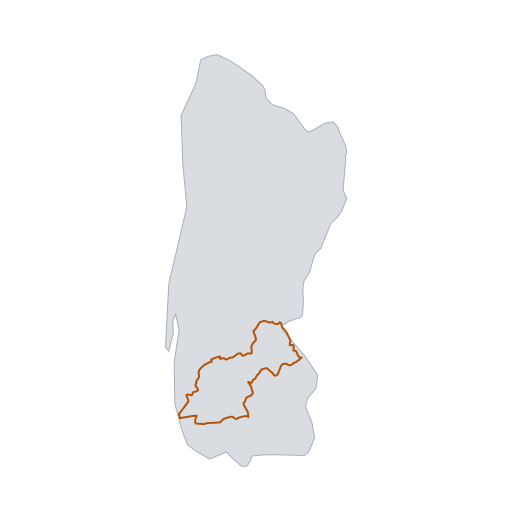 where San Miguel sits in El Salvador, rotated 77°
{"feature_id": "SLV-1352", "entity_name": "San Miguel", "entity_type": "Department", "adm_level": 1, "iso_a3": "SLV", "parent_name": "El Salvador", "parent_adm1": "", "projection": "orthographic", "projection_center": [-88.259, 13.545], "detail": "fine", "context": "in_parent", "style": "outline", "palette": "amber", "viewbox_px": 512, "rotation_deg": 77, "n_neighbors": 0, "source": "natural_earth", "source_scale": "10m", "svg_char_len": 4539}
<svg xmlns="http://www.w3.org/2000/svg" viewBox="0 0 512 512"><g transform="rotate(77 256 256)"><path d="M178.9,146.4L183.2,147.3L211.8,156.4L220.3,154.7L231.1,162.0L236.3,167.7L240.9,175.5L263.4,191.4L267.2,198.2L284.1,207.6L290.9,214.7L298.1,217.6L312.3,220.4L324.4,224.1L325.8,226.7L326.9,237.3L329.5,246.2L335.3,246.8L342.2,242.5L365.0,230.6L386.4,222.7L398.6,227.4L405.7,237.3L413.9,241.7L430.9,239.0L446.3,239.8L458.5,248.4L461.3,253.5L453.9,282.3L451.3,294.6L450.0,305.0L454.3,307.7L458.6,311.8L457.7,317.4L444.4,326.6L440.3,329.0L443.4,346.8L433.5,357.6L424.4,365.3L408.5,367.4L381.4,368.3L340.7,359.5L310.7,347.5L294.5,347.4L299.6,351.4L312.4,353.9L329.2,362.4L324.3,364.7L263.2,347.1L192.7,312.4L150.5,306.7L102.3,297.4L73.8,275.4L52.5,265.8L50.7,257.6L51.0,248.5L60.8,236.3L79.0,219.9L91.1,211.5L96.7,209.8L104.6,210.7L112.3,206.0L118.9,194.7L125.8,187.4L143.1,180.1L147.1,177.2L145.8,170.8L142.1,158.4L142.7,150.8L148.4,147.4L155.2,146.7L169.3,143.7L175.4,144.4L178.9,146.4Z" fill="#d9dde1" stroke="#a8b0b8" stroke-width="1"/><path d="M356.4,240.8L357.6,238.5L359.4,237.9L361.5,237.7L363.4,237.1L364.7,235.8L365.3,234.7L366.2,236.0L368.3,240.8L368.6,242.2L368.6,242.8L368.9,243.6L369.6,244.9L370.1,246.4L370.2,247.4L370.0,247.9L369.9,248.4L369.7,248.8L369.4,249.1L369.1,249.4L368.8,249.7L368.4,249.9L367.9,250.6L367.7,251.0L367.5,251.6L367.4,252.6L367.4,254.3L367.6,254.8L367.7,255.2L368.3,255.9L369.3,256.7L375.8,261.2L376.2,261.6L376.6,262.3L376.9,263.4L376.9,264.0L376.8,264.5L376.5,264.9L376.2,265.2L375.8,265.4L374.5,265.9L373.7,266.3L368.1,270.4L367.8,270.7L367.6,271.1L367.6,271.6L367.8,276.0L368.4,276.8L369.3,277.9L371.4,279.8L372.0,280.7L372.3,281.8L373.0,282.4L374.6,283.6L375.2,284.4L375.6,285.1L375.7,285.6L375.8,286.1L376.0,286.6L376.2,286.9L376.6,287.2L377.8,288.0L378.2,288.4L378.5,288.8L378.5,289.3L378.3,289.7L377.3,291.1L377.1,291.5L377.1,291.8L377.4,292.0L378.3,291.7L379.7,290.9L380.6,290.6L381.6,290.3L388.2,289.8L388.8,290.0L389.5,290.4L390.2,291.4L390.9,292.6L391.1,293.5L391.6,296.6L391.8,297.0L392.1,297.4L392.4,297.7L395.0,299.2L395.5,299.7L396.0,300.2L396.1,300.6L396.4,301.0L396.6,301.3L397.5,301.5L398.8,301.3L405.5,299.2L407.3,299.1L411.0,299.7L409.9,301.3L409.5,303.5L409.6,308.8L410.3,311.4L410.3,312.0L410.1,312.6L409.4,313.3L409.0,313.8L408.5,314.1L407.8,314.5L407.4,314.8L407.2,315.5L407.0,316.6L407.1,321.2L407.6,324.3L407.8,324.7L408.0,325.2L409.6,327.7L409.8,328.1L410.0,328.6L410.0,329.0L407.8,341.7L407.9,342.5L408.2,343.5L408.0,344.6L405.8,352.0L405.4,352.4L404.6,352.6L404.0,352.6L403.5,352.5L401.6,351.9L400.2,351.0L398.7,349.9L398.4,349.8L397.9,351.5L397.7,352.9L396.8,366.7L395.6,366.5L394.4,366.5L393.1,367.0L382.6,354.7L382.1,354.5L381.6,354.5L381.1,354.4L376.4,355.2L376.0,355.1L375.7,354.7L375.6,353.8L375.7,353.3L375.9,352.7L377.2,350.3L377.1,349.8L376.7,349.3L375.6,348.7L374.9,348.2L374.5,347.5L374.5,344.9L374.4,344.4L374.3,343.8L374.0,343.3L373.4,342.7L372.7,342.6L372.1,342.7L370.5,343.5L369.6,343.9L369.2,344.0L368.7,344.0L368.2,343.9L367.7,343.8L367.4,343.6L366.7,343.0L366.4,342.8L365.9,342.6L365.4,342.6L365.0,342.6L364.5,342.2L363.8,341.6L362.3,339.7L361.4,339.0L360.6,338.6L357.2,338.2L356.3,337.9L355.0,337.4L354.6,337.1L354.3,336.9L353.1,335.3L351.4,332.6L350.5,330.7L349.6,327.5L349.3,326.1L349.2,325.1L349.2,323.9L349.1,323.4L348.9,322.9L348.2,322.7L347.4,323.0L347.1,323.0L346.8,322.8L346.6,322.2L346.1,319.0L346.0,317.8L345.8,315.4L345.7,314.9L345.8,314.4L345.9,314.0L346.2,313.6L346.5,313.5L346.8,313.6L347.0,313.8L347.2,314.1L347.5,314.3L347.8,314.3L348.0,314.0L348.2,313.6L348.3,312.5L348.2,311.4L348.3,310.9L348.4,310.4L348.7,310.0L348.9,309.7L349.9,308.8L350.1,308.3L350.2,307.9L350.1,307.3L349.4,304.9L349.3,304.0L349.3,303.3L349.6,301.9L349.6,301.5L349.4,300.8L347.3,296.4L347.2,295.9L347.1,295.4L347.1,294.4L347.2,293.8L347.3,293.4L347.5,293.0L347.8,292.7L348.2,292.5L349.1,292.1L349.5,292.0L349.8,291.6L350.0,291.3L350.2,290.8L350.3,290.4L350.2,289.7L349.9,289.0L349.5,287.8L349.1,286.3L349.1,285.7L349.2,285.2L350.0,282.9L350.0,282.4L349.5,282.0L348.4,281.6L344.2,281.1L342.9,280.7L341.4,279.6L340.2,278.5L338.8,276.2L337.7,274.9L335.7,274.7L328.7,275.5L326.7,272.5L321.4,267.1L321.0,263.0L320.9,262.9L322.5,259.9L324.1,257.4L323.8,254.9L325.6,253.8L326.8,252.0L327.1,249.9L326.0,247.7L326.8,247.0L327.1,246.7L331.7,246.5L334.9,244.5L338.0,243.2L344.9,241.7L346.6,241.8L349.3,242.9L350.5,243.0L350.8,242.5L350.8,241.4L350.9,240.3L351.4,239.7L352.5,239.6L353.9,239.9L355.3,240.3L356.4,240.8Z" fill="none" stroke="#b45309" stroke-width="2"/></g></svg>